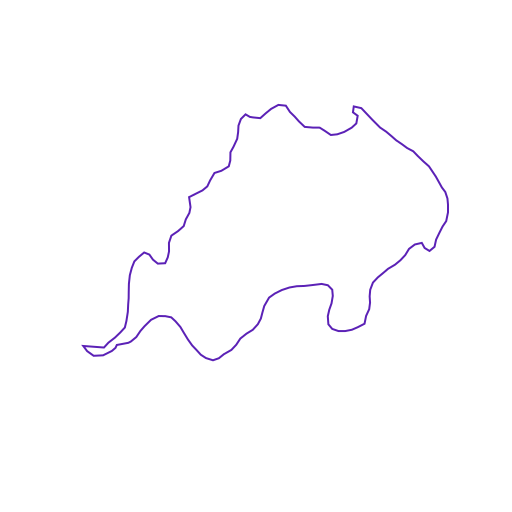 VI-1 East Berbice/W.Canje, East Berbice-Corentyne, Guyana, rotated 233°
{"feature_id": "73187651B47242148474539", "entity_name": "VI-1 East Berbice/W.Canje", "entity_type": "district", "adm_level": 2, "iso_a3": "GUY", "parent_name": "Guyana", "parent_adm1": "East Berbice-Corentyne", "projection": "robinson", "projection_center": [-57.533, 6.069], "detail": "fine", "context": "isolated", "style": "outline", "palette": "violet", "viewbox_px": 512, "rotation_deg": 233, "n_neighbors": 0, "source": "geoboundaries", "source_scale": "gbopen_adm2", "svg_char_len": 2160}
<svg xmlns="http://www.w3.org/2000/svg" viewBox="0 0 512 512"><g transform="rotate(233 256 256)"><path d="M218.0,447.8L223.5,448.1L230.9,446.6L238.4,445.4L245.0,444.6L251.2,441.7L257.6,439.8L264.0,437.6L269.9,436.4L276.9,434.8L283.9,432.4L294.8,430.9L310.7,429.1L316.6,424.1L312.4,419.9L306.8,421.6L301.5,415.9L300.9,409.7L302.0,401.1L304.3,394.1L307.6,388.6L314.4,386.3L320.2,384.1L324.5,378.5L329.8,372.6L337.7,371.3L344.0,370.8L350.6,369.8L358.1,370.3L363.2,364.8L364.4,356.6L364.1,349.6L363.5,342.4L368.5,337.0L370.8,334.8L375.4,332.9L374.5,326.4L370.7,320.5L365.6,316.2L360.9,311.5L356.8,303.8L354.2,298.0L347.7,292.9L344.0,288.2L344.9,279.6L347.3,272.8L344.0,264.9L340.9,259.0L340.6,252.7L341.8,246.2L343.3,238.0L334.4,233.1L330.5,228.7L327.5,222.0L323.4,216.3L322.8,208.7L323.2,200.7L318.9,194.4L312.0,189.3L308.0,184.7L304.9,179.1L309.0,173.0L315.1,171.5L321.3,171.7L326.1,168.8L325.8,162.1L324.9,155.6L321.3,149.7L316.6,143.7L310.2,137.7L303.6,132.5L298.8,128.8L294.4,124.9L288.5,120.0L282.0,113.3L277.8,108.2L276.6,101.6L275.7,94.2L275.6,86.0L274.4,79.5L288.1,63.9L281.6,63.9L274.0,66.3L268.7,74.1L266.9,83.8L267.2,88.5L268.7,91.3L263.5,101.8L263.0,104.6L263.3,111.6L265.7,118.6L267.0,124.7L268.2,133.8L266.6,142.2L262.5,147.4L258.0,151.4L252.4,152.4L244.8,152.9L238.6,152.2L230.4,151.4L223.0,151.2L216.9,151.9L210.4,152.5L204.6,154.6L198.6,158.9L196.7,164.8L196.9,171.3L195.8,179.8L197.0,186.8L199.5,193.8L199.7,201.7L199.0,209.0L200.4,216.4L203.1,222.2L207.0,227.1L211.1,232.5L214.9,241.4L214.7,248.4L213.3,256.1L210.7,263.8L207.3,270.4L202.9,276.7L199.0,283.3L194.2,291.6L189.4,295.8L183.2,296.6L177.9,293.3L172.7,287.8L169.0,282.2L164.7,277.1L157.9,272.7L151.9,273.0L146.4,276.7L142.3,282.2L139.4,288.2L137.9,294.4L136.6,301.9L141.9,307.9L145.4,314.4L150.1,319.0L155.4,322.5L160.3,326.9L164.4,333.4L165.6,340.4L165.9,347.2L166.3,353.8L165.4,361.8L165.7,368.8L166.9,375.7L169.6,382.5L169.6,389.8L166.7,396.3L160.9,395.5L155.6,397.6L155.9,404.1L160.7,409.7L164.2,416.5L167.3,422.8L169.4,428.9L175.3,435.6L181.4,440.2L186.7,443.5L193.2,445.7L198.9,445.7L205.3,446.6L211.1,447.4L218.0,447.8Z" fill="none" stroke="#5b21b6" stroke-width="2"/></g></svg>